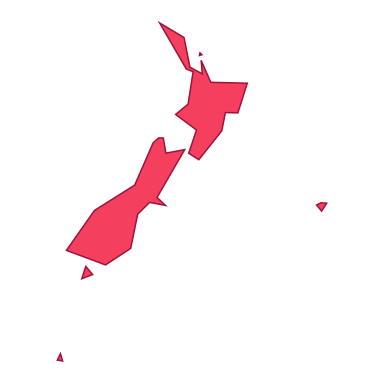 outline of New Zealand
{"feature_id": "NZL", "entity_name": "New Zealand", "entity_type": "country or territory", "adm_level": 0, "iso_a3": "NZL", "parent_name": "Oceania", "parent_adm1": "", "projection": "mercator", "projection_center": [173.207, -30.558], "detail": "coarse", "context": "isolated", "style": "filled", "palette": "rose", "viewbox_px": 384, "rotation_deg": 0, "n_neighbors": 0, "source": "natural_earth", "source_scale": "50m", "svg_char_len": 713}
<svg xmlns="http://www.w3.org/2000/svg" viewBox="0 0 384 384"><path d="M165.9,153.1L184.7,149.6L157.0,197.5L165.5,205.4L149.6,202.4L137.7,214.2L130.7,248.4L105.5,264.9L66.4,250.4L94.5,210.4L134.7,185.1L153.2,142.7L158.7,137.9L163.3,138.0L165.9,153.1ZM159.7,23.0L184.0,37.5L190.0,67.2L202.3,73.9L201.1,60.3L210.8,82.3L247.3,83.2L237.9,112.9L225.4,112.6L221.8,130.8L198.8,159.7L188.7,153.3L196.5,130.0L175.6,114.5L188.1,104.1L193.1,71.7L186.3,69.0L159.7,23.0ZM85.8,266.4L92.6,274.5L81.8,278.7L85.8,266.4ZM326.7,203.2L321.6,211.1L316.6,205.0L320.9,202.8L326.7,203.2ZM60.5,353.7L62.6,361.0L57.3,360.1L60.5,353.7ZM201.9,54.7L199.4,55.5L200.0,52.9L201.9,54.7Z" fill="#f43f5e" stroke="#9f1239" stroke-width="1.5"/></svg>